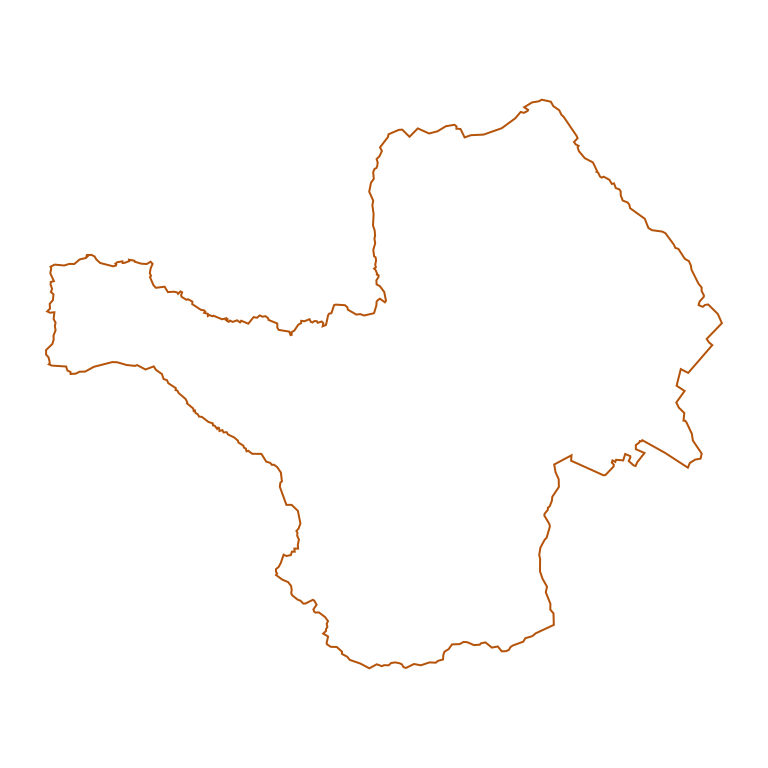 outline of Vidra, Vrancea, Romania
{"feature_id": "2599482B20298155706242", "entity_name": "Vidra", "entity_type": "district", "adm_level": 2, "iso_a3": "ROU", "parent_name": "Romania", "parent_adm1": "Vrancea", "projection": "orthographic", "projection_center": [26.88, 45.916], "detail": "fine", "context": "isolated", "style": "outline", "palette": "amber", "viewbox_px": 768, "rotation_deg": 0, "n_neighbors": 0, "source": "geoboundaries", "source_scale": "gbopen_adm2", "svg_char_len": 6077}
<svg xmlns="http://www.w3.org/2000/svg" viewBox="0 0 768 768"><path d="M553.8,624.9L553.5,613.4L550.3,609.6L550.4,603.8L545.8,592.3L547.0,586.7L542.5,578.7L540.0,571.3L540.1,558.7L539.2,555.1L540.4,547.6L544.7,539.7L546.6,537.8L549.9,526.5L549.4,524.1L544.3,515.5L544.7,513.6L547.8,509.9L547.9,507.7L549.7,506.3L551.9,500.7L552.3,496.8L558.9,486.9L558.7,479.3L555.5,472.1L554.2,464.5L571.5,455.3L571.1,460.7L603.5,475.3L605.5,475.0L613.6,466.5L613.8,464.6L611.8,462.6L612.5,460.4L615.3,461.9L616.1,459.8L623.2,460.4L625.2,454.0L630.2,456.1L630.4,457.3L628.7,461.0L633.6,465.4L635.6,466.0L637.3,462.1L644.5,453.0L635.9,449.2L635.8,445.1L639.3,442.5L639.8,441.0L641.6,441.3L642.3,440.2L665.1,452.9L687.9,467.7L689.8,463.0L695.2,459.6L700.6,458.6L701.7,453.6L692.9,440.6L691.8,433.7L686.6,422.6L685.2,420.7L683.5,420.6L684.3,413.0L678.8,407.6L676.3,402.5L684.6,391.0L676.6,385.7L680.8,369.1L688.2,372.9L712.3,345.1L709.0,342.4L706.7,338.9L721.9,323.2L717.8,313.9L708.2,304.5L705.1,304.9L702.8,306.8L698.6,305.1L699.6,301.5L703.8,296.8L703.9,295.4L701.6,290.9L701.6,287.4L698.5,283.7L691.5,269.7L690.9,265.6L688.9,261.1L684.8,258.8L678.4,248.9L675.3,247.9L673.9,244.7L665.5,233.3L662.4,231.6L652.1,230.2L648.4,228.0L644.8,218.8L630.1,208.2L629.3,204.6L627.6,202.5L622.7,200.5L620.7,195.2L620.7,191.4L619.3,189.3L615.8,188.1L614.0,183.4L611.8,183.9L609.4,179.8L603.7,176.7L601.6,177.6L599.9,176.4L598.1,172.5L596.5,171.8L597.0,170.9L592.9,162.4L584.8,158.2L578.9,151.2L577.6,147.2L578.6,145.9L575.7,144.4L574.0,142.0L577.6,138.2L576.6,135.9L563.5,116.6L561.5,114.9L559.2,110.2L553.4,106.2L550.8,101.7L541.8,99.7L538.9,101.3L532.1,102.4L524.2,107.2L528.1,109.9L527.7,110.9L524.0,112.8L520.6,112.0L515.4,118.2L501.8,128.2L483.6,134.6L470.9,135.2L464.6,137.4L460.5,129.0L456.4,128.7L456.5,126.4L454.5,124.8L445.9,126.2L437.5,131.3L429.1,133.5L417.8,128.4L409.5,136.8L402.2,129.6L398.7,129.9L388.5,134.3L388.0,137.0L380.0,147.4L381.9,151.0L379.4,156.4L376.6,159.0L377.7,162.6L377.2,166.1L376.4,168.0L374.4,169.1L373.2,172.2L373.8,178.9L371.0,182.7L369.2,191.7L373.2,200.6L372.4,205.3L373.6,214.0L373.0,225.5L374.7,230.6L375.1,235.9L374.4,238.7L375.2,243.2L373.3,249.9L374.1,256.3L375.6,257.4L376.1,260.3L375.2,264.8L375.9,267.1L374.1,268.6L375.4,269.7L377.1,273.6L376.8,274.6L378.6,275.3L378.5,277.0L376.4,280.3L376.6,284.4L379.8,286.1L384.2,291.9L386.0,300.8L384.9,302.3L379.9,298.7L377.9,300.0L376.6,301.7L376.4,305.3L374.1,313.0L373.3,313.4L364.1,315.5L360.2,314.1L356.4,314.6L347.9,309.7L347.3,307.2L344.9,305.2L335.7,304.6L334.1,305.1L331.4,313.2L329.2,313.6L328.1,315.3L326.0,324.9L322.7,326.3L323.3,323.2L321.7,321.5L317.8,322.8L316.7,321.1L314.3,321.1L312.4,322.5L310.8,321.8L309.5,319.2L304.6,321.2L301.2,320.8L301.1,323.2L298.2,324.8L294.3,330.6L291.5,332.2L291.7,334.8L290.6,335.1L289.2,331.6L278.7,329.9L277.3,327.6L277.3,323.5L268.5,319.9L268.2,318.3L265.6,316.2L262.5,316.7L259.7,315.4L256.9,317.8L253.6,317.1L248.3,323.7L241.2,320.7L240.2,321.9L240.7,322.9L237.1,320.3L232.7,321.9L230.0,320.6L228.8,321.8L227.3,321.2L227.6,318.3L226.7,320.4L225.7,319.8L226.0,318.3L222.1,319.3L213.4,315.7L212.4,316.3L209.6,315.1L207.9,316.0L207.8,313.8L204.2,312.8L205.2,311.6L204.2,310.4L201.0,309.9L192.2,304.1L192.4,301.7L191.6,301.1L187.9,299.2L186.5,299.8L181.7,296.9L181.1,295.3L182.1,292.3L180.4,291.4L178.1,293.9L177.2,292.5L174.1,291.7L167.9,292.1L164.6,286.7L155.9,287.8L153.4,285.1L150.0,277.1L151.0,275.9L149.8,273.1L150.7,268.2L152.6,263.9L150.6,261.7L146.8,264.0L141.4,263.7L134.7,261.7L134.4,260.7L129.0,259.7L129.3,261.1L124.5,262.9L122.6,263.0L122.4,261.3L117.1,262.3L115.4,263.7L116.3,264.5L115.9,265.6L113.0,266.3L100.2,263.0L96.4,259.5L94.5,256.4L91.4,254.9L86.9,255.0L86.5,256.1L87.5,256.4L85.9,258.0L79.7,259.4L74.3,264.0L69.2,263.9L64.2,265.5L54.6,264.6L50.5,266.8L51.2,268.3L50.3,273.3L53.9,281.1L50.7,282.0L50.6,284.6L52.1,288.9L50.9,292.0L53.5,294.3L52.9,300.1L49.7,303.9L50.0,308.6L47.2,311.4L50.0,312.7L54.4,312.3L53.6,319.0L55.6,322.8L54.8,325.9L55.6,330.2L53.5,335.6L53.7,339.4L52.4,343.9L46.1,350.0L46.1,354.6L48.5,357.3L49.5,361.2L49.7,363.4L48.8,364.3L51.9,365.6L66.1,366.5L67.4,370.5L70.5,372.0L70.6,374.0L75.9,373.6L79.6,371.7L85.1,371.6L93.9,366.8L112.2,362.1L116.9,362.2L126.7,365.0L135.0,365.9L137.2,365.1L145.5,369.5L153.7,366.4L156.1,370.0L161.9,374.0L163.6,379.0L167.0,380.2L168.3,383.2L175.8,388.1L175.6,390.1L177.3,390.5L178.7,393.1L185.6,399.0L187.2,402.1L186.9,403.3L193.1,408.4L193.7,411.0L194.9,410.5L195.5,413.0L197.7,414.2L199.1,416.6L201.9,416.9L208.5,422.0L212.7,423.3L213.0,425.4L214.7,425.7L217.1,428.9L218.1,427.6L219.0,428.0L219.5,431.0L222.4,430.1L223.5,432.4L226.7,432.2L228.0,434.5L234.1,437.4L238.0,440.7L238.4,442.5L243.4,445.7L243.9,447.6L245.8,448.6L246.5,451.3L248.3,450.8L252.3,453.8L261.4,453.9L266.3,461.7L270.3,462.9L271.9,464.9L273.9,464.7L277.2,467.1L280.9,472.6L281.9,481.4L280.4,482.6L279.8,486.7L286.4,504.9L291.7,504.9L297.9,510.9L300.4,523.5L298.6,528.5L296.4,531.0L297.4,532.6L297.2,535.8L298.9,539.5L297.8,545.0L298.1,548.6L294.4,548.6L294.7,551.7L292.0,551.6L290.8,555.1L286.4,556.0L283.6,554.7L280.9,562.7L278.7,566.9L276.0,569.1L276.0,571.8L277.1,573.5L276.0,575.0L282.4,579.7L288.1,582.1L291.1,586.0L291.7,589.9L291.2,593.1L292.1,595.2L297.7,599.7L300.5,600.7L303.3,603.6L305.5,603.5L312.9,599.8L314.3,600.7L316.6,604.7L313.4,609.4L314.1,611.5L315.5,612.6L318.9,612.4L325.1,617.1L328.0,621.1L326.7,623.9L327.4,626.9L325.9,629.4L326.1,630.9L323.2,633.6L328.1,636.5L326.6,642.9L327.0,644.3L330.7,646.8L336.8,647.0L342.0,651.7L341.9,653.9L347.3,656.8L349.8,659.9L360.2,663.5L369.4,668.3L376.7,664.3L382.0,666.2L383.9,665.2L388.7,665.3L391.1,663.0L395.3,662.4L399.7,663.3L401.8,664.3L403.6,667.2L406.1,667.9L414.0,664.0L420.8,665.3L429.5,662.4L435.7,662.7L438.1,660.8L443.0,659.5L443.4,654.7L444.5,651.7L448.7,649.1L452.0,644.4L459.6,644.1L463.7,641.9L467.5,642.3L474.0,645.1L479.7,644.7L481.0,643.3L485.4,642.4L491.9,647.6L497.8,646.5L501.7,651.3L506.0,651.2L509.0,649.8L510.4,647.2L512.8,645.5L523.2,641.7L525.4,638.2L532.4,636.1L535.7,633.3L553.8,624.9Z" fill="none" stroke="#b45309" stroke-width="2"/></svg>